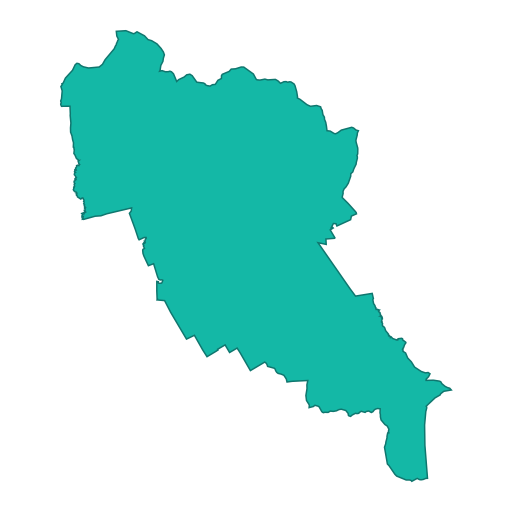 Faget, Timis, Romania (Albers equal-area conic projection)
{"feature_id": "2599482B21720752301587", "entity_name": "Faget", "entity_type": "district", "adm_level": 2, "iso_a3": "ROU", "parent_name": "Romania", "parent_adm1": "Timis", "projection": "albers", "projection_center": [22.161, 45.853], "detail": "fine", "context": "isolated", "style": "filled", "palette": "teal", "viewbox_px": 512, "rotation_deg": 0, "n_neighbors": 0, "source": "geoboundaries", "source_scale": "gbopen_adm2", "svg_char_len": 5917}
<svg xmlns="http://www.w3.org/2000/svg" viewBox="0 0 512 512"><path d="M427.5,478.3L424.9,445.3L424.6,425.0L425.8,411.5L426.7,408.1L426.7,407.1L426.2,406.2L435.0,397.9L440.2,394.9L440.7,393.7L443.8,391.3L451.3,390.0L449.7,388.2L447.5,387.6L445.0,386.3L441.9,383.7L440.7,381.7L439.3,381.1L433.4,380.2L426.1,380.4L426.2,379.1L428.5,376.8L430.0,373.8L428.1,372.5L425.5,372.9L421.3,371.5L414.6,367.1L411.4,361.9L407.7,358.0L405.6,353.0L403.0,351.3L403.0,349.7L402.5,349.4L402.9,348.3L403.4,348.1L404.6,344.7L405.9,342.8L405.7,342.2L402.6,339.8L402.5,338.7L401.6,338.3L398.3,338.7L397.8,339.8L397.4,339.4L396.7,340.0L392.7,338.5L391.2,336.9L390.4,337.5L390.2,336.4L388.9,335.9L389.2,335.5L388.3,334.7L388.5,334.2L385.6,330.6L384.7,327.8L383.6,326.5L382.7,326.1L382.3,324.9L382.6,323.8L382.2,322.7L381.7,322.4L382.0,321.8L381.5,321.6L382.0,319.2L382.4,318.9L382.3,317.9L381.8,317.9L381.9,317.0L381.3,316.9L381.4,316.4L380.5,316.2L381.3,315.9L380.3,314.8L380.5,314.2L380.0,313.4L380.0,312.6L378.7,311.7L379.0,310.8L378.3,310.6L378.3,310.2L379.0,309.9L376.9,309.2L376.2,309.5L375.8,308.7L375.9,307.7L375.3,307.0L374.9,305.5L373.6,303.6L372.8,299.5L373.4,298.7L372.2,293.4L355.5,296.1L350.0,288.7L318.0,242.7L326.2,244.4L325.9,239.0L334.6,238.3L334.9,237.8L330.2,229.9L333.2,228.0L332.5,227.3L331.8,228.2L331.1,228.0L333.4,223.5L336.0,223.7L336.9,226.0L350.6,219.7L351.4,216.1L356.3,213.9L356.6,214.5L356.2,212.6L355.3,211.4L348.1,203.4L342.3,197.6L342.2,197.1L343.1,193.5L343.0,191.5L343.4,190.5L344.1,188.9L346.0,186.9L348.3,183.2L350.7,176.3L350.8,173.7L352.8,171.9L353.8,168.9L356.1,164.2L356.3,162.4L357.4,158.1L357.3,156.4L356.9,155.6L357.7,153.9L357.8,149.3L357.7,147.9L356.1,142.1L355.9,140.2L357.2,135.1L357.4,132.9L358.4,130.7L356.1,130.1L353.6,128.0L351.7,127.3L341.3,130.1L337.8,132.7L335.5,133.8L334.1,133.5L330.2,131.1L327.0,130.7L326.4,125.9L325.7,122.2L324.5,119.3L324.4,117.2L322.9,114.6L322.2,110.3L321.2,108.8L320.6,106.8L316.6,105.5L310.5,106.3L307.0,104.7L300.1,99.4L297.4,98.0L297.5,96.7L296.7,91.7L295.0,85.7L294.1,84.0L290.9,81.9L289.1,81.8L287.9,82.3L286.1,81.6L284.0,81.7L280.5,83.3L278.0,80.9L275.4,79.4L267.8,79.9L264.9,79.1L259.9,80.1L256.9,79.8L256.1,79.1L253.4,74.0L243.8,67.1L241.2,67.0L235.5,68.8L231.2,69.1L229.2,71.4L222.3,74.3L221.5,75.6L221.4,78.5L217.9,80.3L215.3,84.4L212.4,84.7L210.1,86.1L207.1,85.6L205.3,84.7L205.0,83.8L203.4,83.0L196.8,82.2L192.2,75.7L189.9,74.2L186.7,74.8L184.2,77.0L178.7,79.6L176.7,81.5L173.5,73.8L171.5,71.8L169.9,71.2L168.3,71.7L165.5,71.8L162.0,70.6L159.6,71.2L160.1,70.2L160.8,65.5L162.9,61.4L163.4,58.1L164.4,54.9L163.4,52.0L161.1,48.5L157.0,43.9L151.7,40.7L148.0,39.6L144.5,35.8L137.0,31.8L134.4,33.5L133.4,33.7L125.9,30.7L116.3,31.3L116.8,36.0L118.5,39.4L117.7,40.6L117.0,42.7L116.6,43.1L116.2,44.9L115.4,46.0L114.2,48.8L105.1,59.7L102.5,64.3L99.2,67.0L88.5,68.0L83.4,66.8L80.8,65.5L78.9,63.7L76.9,63.3L75.2,64.7L72.5,70.3L65.4,78.1L63.6,82.1L62.6,83.7L61.9,83.8L62.1,84.8L60.9,86.5L62.2,90.9L61.5,98.8L60.7,101.0L61.2,102.8L60.7,104.0L60.8,104.8L61.5,106.3L70.0,106.2L70.3,113.7L70.2,115.5L70.9,123.1L70.5,127.9L70.6,132.2L72.0,135.9L72.6,139.6L73.5,142.8L73.3,147.1L73.9,147.3L74.0,149.2L74.3,149.5L73.9,153.5L75.0,155.1L76.5,158.6L78.1,159.6L78.1,160.7L78.8,160.6L78.2,161.1L78.5,162.4L78.9,163.7L79.6,164.5L79.1,164.8L78.9,165.6L77.7,165.2L76.6,165.6L76.7,166.7L75.5,168.2L76.2,170.0L74.8,169.9L74.9,170.7L74.5,171.6L75.5,172.4L74.6,173.0L74.3,174.7L75.3,175.7L75.7,177.0L76.4,177.4L76.0,178.2L75.2,178.5L75.9,179.5L75.0,179.6L75.1,180.6L74.1,181.2L74.2,182.7L74.9,183.5L74.2,184.4L74.6,186.2L74.0,186.6L74.2,187.4L73.7,187.7L73.8,188.5L73.3,189.7L74.1,191.0L74.7,191.2L75.2,192.0L76.4,192.2L76.9,193.2L76.8,193.7L76.3,193.9L76.8,194.2L76.5,195.2L77.1,195.6L77.5,196.9L80.8,199.1L82.2,197.9L83.3,198.3L83.3,199.2L83.9,199.8L84.0,200.9L83.6,201.4L84.1,202.1L84.1,203.1L83.7,203.8L84.6,204.9L84.2,205.8L84.9,206.7L84.6,207.3L85.4,207.8L84.7,208.4L85.1,208.8L85.0,210.1L84.4,210.3L85.2,211.1L84.5,211.9L85.4,212.2L84.5,212.8L84.0,213.7L83.5,212.8L81.7,213.5L82.7,214.8L81.9,215.9L82.0,217.1L83.2,216.7L82.9,217.6L83.0,218.5L82.3,218.8L82.3,219.3L83.4,219.1L83.6,219.4L95.2,216.2L100.9,215.8L106.7,213.8L131.6,207.9L131.2,211.1L129.4,213.3L135.2,229.1L138.3,238.5L139.1,239.8L144.1,237.5L146.1,237.5L146.2,238.5L145.4,239.2L145.0,241.1L144.4,241.2L145.1,242.2L144.2,242.6L144.8,243.1L144.7,243.4L143.5,243.4L142.9,244.0L143.8,245.5L143.4,246.0L144.5,248.4L142.9,249.4L142.7,250.4L143.0,253.5L143.9,256.1L148.4,265.7L153.6,263.7L157.6,276.8L158.8,279.3L160.3,280.0L161.7,279.8L162.8,280.3L162.0,282.6L161.4,283.2L158.8,283.3L158.1,282.6L158.3,281.7L156.8,281.4L156.8,290.8L157.1,298.8L157.4,298.9L157.0,299.9L164.6,300.6L170.7,312.4L186.5,339.1L194.4,335.3L202.8,350.1L207.0,356.7L216.2,351.2L218.0,350.0L217.6,349.3L225.1,344.9L229.6,352.5L237.1,348.1L239.9,352.4L250.4,370.6L264.7,362.1L266.0,363.0L266.9,364.3L267.6,366.4L274.2,368.2L275.3,369.3L275.6,370.6L276.7,372.3L278.1,373.4L281.1,374.1L283.9,375.3L286.3,379.0L287.0,382.0L292.2,381.3L307.8,380.5L306.9,384.9L307.0,388.6L305.9,395.5L306.5,400.5L309.1,404.6L309.3,405.6L309.1,407.6L313.4,406.5L314.9,405.3L317.9,406.1L319.1,406.8L321.7,411.5L322.5,412.3L323.6,412.7L324.6,412.3L328.1,412.4L330.3,411.1L333.3,411.4L336.5,410.8L338.9,409.6L341.3,409.2L345.8,410.5L348.2,413.5L348.3,415.1L348.8,415.8L350.6,416.4L352.2,415.0L355.5,413.3L357.0,413.6L358.8,413.3L359.2,412.6L361.2,411.3L365.1,412.4L366.2,411.5L368.7,411.0L371.3,412.5L372.9,411.7L374.3,409.9L375.5,409.1L377.6,408.5L380.2,408.8L380.0,412.8L380.4,414.7L380.4,416.9L381.1,420.0L384.9,424.5L387.2,426.0L388.9,429.2L388.4,431.4L388.8,432.8L387.7,432.9L387.0,436.3L387.0,437.8L385.9,442.0L385.7,443.8L384.5,447.2L387.4,464.0L388.9,465.5L394.9,474.3L396.7,476.1L406.2,480.0L409.7,480.0L411.3,480.6L411.8,481.3L417.2,478.4L419.5,479.6L421.0,479.8L423.1,479.5L425.8,478.4L427.5,478.3Z" fill="#14b8a6" stroke="#0f766e" stroke-width="1.5"/></svg>